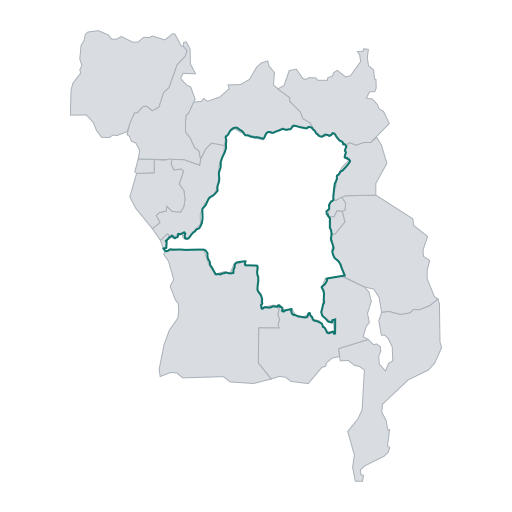 map of Democratic Republic of the Congo with United Republic of Tanzania, Nigeria, Cameroon and 11 others greyed out
{"feature_id": "COD", "entity_name": "Democratic Republic of the Congo", "entity_type": "country or territory", "adm_level": 0, "iso_a3": "COD", "parent_name": "Africa", "parent_adm1": "", "projection": "robinson", "projection_center": [23.721, -4.071], "detail": "fine", "context": "with_neighbors", "style": "outline", "palette": "teal", "viewbox_px": 512, "rotation_deg": 0, "n_neighbors": 14, "source": "natural_earth", "source_scale": "50m", "svg_char_len": 12671}
<svg xmlns="http://www.w3.org/2000/svg" viewBox="0 0 512 512"><path d="M375.8,195.1L412.9,218.9L413.6,225.4L427.6,236.5L423.0,250.1L423.5,256.4L429.7,260.5L427.2,270.0L427.1,278.7L434.4,296.6L437.9,299.0L430.1,305.5L419.3,309.8L413.5,309.6L410.0,312.9L400.6,314.6L389.0,311.5L381.6,312.4L379.1,297.3L373.8,289.1L364.3,287.0L344.6,277.1L339.4,263.1L333.7,256.9L331.8,250.5L332.8,244.7L331.1,234.5L335.1,234.0L344.9,221.8L342.2,211.3L345.0,209.9L345.6,203.4L341.7,197.2L345.1,195.8L375.8,195.1Z" fill="#d9dde1" stroke="#a8b0b8" stroke-width="1"/><path d="M70.4,115.1L71.0,90.2L72.9,83.2L80.8,72.9L79.8,69.9L81.8,65.5L79.8,58.9L81.1,45.3L84.0,40.8L85.4,34.4L88.0,32.0L98.5,30.7L108.2,34.9L111.7,39.1L116.7,39.2L121.3,36.5L133.0,42.3L138.0,42.0L143.8,37.3L149.5,37.6L152.3,36.0L165.0,39.9L172.7,33.7L175.0,34.2L181.4,46.3L183.2,46.1L187.1,50.5L185.4,56.2L177.1,64.8L169.0,87.8L163.7,92.4L159.0,107.1L152.3,110.8L146.8,106.3L143.1,106.5L137.2,113.0L134.4,113.1L127.1,131.6L116.9,135.6L113.2,135.0L109.4,137.5L101.6,137.3L96.4,130.3L93.2,122.3L86.4,115.0L70.4,115.1Z" fill="#d9dde1" stroke="#a8b0b8" stroke-width="1"/><path d="M186.3,41.9L190.1,49.0L190.3,63.7L195.5,73.8L182.9,73.4L180.7,78.6L186.5,85.1L190.7,87.0L195.1,99.2L188.6,113.5L186.2,115.5L185.6,132.1L190.2,137.9L194.6,147.6L199.1,151.1L200.6,159.4L199.8,165.4L184.2,159.8L138.2,159.2L139.7,150.5L135.9,143.1L131.4,141.2L129.5,136.3L127.0,134.7L129.7,123.8L134.4,113.1L137.2,113.0L143.1,106.5L146.8,106.3L152.3,110.8L159.0,107.1L163.7,92.4L169.0,87.8L177.1,64.8L185.4,56.2L187.1,50.5L183.2,46.1L183.6,42.5L186.3,41.9Z" fill="#d9dde1" stroke="#a8b0b8" stroke-width="1"/><path d="M311.8,126.5L308.6,127.7L294.9,126.2L286.7,130.2L282.8,127.9L271.9,133.4L267.5,132.3L263.2,139.9L248.7,136.6L234.4,128.7L229.2,132.3L225.4,137.9L224.5,145.7L211.6,143.2L205.7,149.1L200.6,159.4L199.1,151.1L194.6,147.6L190.2,137.9L185.6,132.1L185.4,124.1L186.2,115.5L188.6,113.5L193.6,102.2L201.6,101.4L203.5,98.5L207.5,101.3L219.8,97.0L229.1,88.8L228.1,84.9L240.3,84.6L249.5,79.4L256.6,67.3L261.5,62.8L267.7,60.9L268.8,65.7L274.4,72.6L273.5,85.2L289.7,97.7L289.8,101.4L300.4,111.9L302.9,118.6L310.2,123.0L311.8,126.5Z" fill="#d9dde1" stroke="#a8b0b8" stroke-width="1"/><path d="M224.5,145.7L223.9,152.4L219.0,165.2L218.3,181.4L216.5,189.3L215.3,192.8L204.4,203.9L200.2,214.7L200.5,223.8L186.6,239.7L183.0,237.7L182.3,234.6L177.0,234.5L173.7,238.7L167.4,233.8L160.5,240.5L152.4,228.7L159.9,222.6L156.2,215.3L159.5,212.5L166.1,211.1L166.9,206.2L172.1,211.5L180.8,212.0L183.8,206.7L185.0,199.4L183.9,190.7L179.2,184.1L183.5,171.3L181.1,169.1L173.8,170.0L171.1,164.3L171.8,159.4L184.2,159.8L199.8,165.4L200.6,159.4L205.7,149.1L211.6,143.2L224.5,145.7Z" fill="#d9dde1" stroke="#a8b0b8" stroke-width="1"/><path d="M154.2,159.5L164.8,160.2L170.6,158.8L171.8,159.4L171.1,164.3L173.8,170.0L181.1,169.1L183.5,171.3L179.2,184.1L183.9,190.7L185.0,199.4L183.8,206.7L180.8,212.0L172.1,211.5L166.9,206.2L166.1,211.1L159.5,212.5L156.2,215.3L159.9,222.6L152.4,228.7L135.8,208.4L129.8,196.9L136.6,173.4L154.2,172.8L154.2,159.5Z" fill="#d9dde1" stroke="#a8b0b8" stroke-width="1"/><path d="M138.2,159.2L154.2,159.5L154.2,172.8L136.6,173.4L134.8,171.7L138.2,159.2Z" fill="#d9dde1" stroke="#a8b0b8" stroke-width="1"/><path d="M340.8,276.0L364.3,287.0L368.9,291.9L371.3,301.4L367.5,313.4L369.3,322.5L366.2,326.4L363.2,336.7L368.3,339.6L338.7,348.7L339.6,356.6L332.2,358.1L326.7,362.6L325.5,366.4L322.0,367.3L308.2,383.6L291.0,381.4L285.4,377.1L279.1,376.5L271.2,379.0L258.3,363.0L258.7,327.7L278.9,327.8L278.1,324.0L279.6,319.8L277.8,314.6L279.0,309.2L277.9,305.8L281.3,306.1L281.8,309.5L292.6,310.3L295.8,315.3L303.6,316.9L309.6,313.4L311.8,319.2L319.2,320.7L326.7,331.6L334.2,331.7L333.4,319.7L330.8,321.7L321.3,315.4L324.4,291.1L322.2,286.3L325.0,279.2L327.6,277.8L340.8,276.0Z" fill="#d9dde1" stroke="#a8b0b8" stroke-width="1"/><path d="M381.6,312.4L389.0,311.5L400.6,314.6L410.0,312.9L413.5,309.6L419.3,309.8L430.1,305.5L437.9,299.0L439.4,304.0L440.0,342.1L441.6,347.6L434.6,363.2L428.3,370.1L408.4,379.7L382.6,404.1L381.7,412.0L386.1,420.4L387.9,430.2L389.6,429.7L387.5,445.7L389.7,447.6L388.2,452.2L384.1,456.2L364.6,465.9L360.3,470.0L361.0,474.7L363.5,475.4L362.5,481.3L355.3,481.2L352.6,467.3L354.4,455.0L347.7,431.5L357.9,418.9L362.1,409.8L364.4,370.0L359.4,366.4L354.8,365.6L348.3,360.5L340.2,360.8L338.7,348.7L368.3,339.6L373.8,344.9L376.5,343.9L380.3,346.7L380.8,351.1L378.7,356.3L379.3,364.1L385.5,371.0L388.6,363.3L392.8,360.9L392.2,346.7L388.2,338.7L384.8,335.1L381.4,335.2L378.8,320.8L381.6,312.4Z" fill="#d9dde1" stroke="#a8b0b8" stroke-width="1"/><path d="M171.1,237.6L167.5,239.9L165.7,247.6L163.2,248.8L160.5,240.5L167.4,233.8L171.1,237.6ZM164.6,252.2L174.9,249.6L203.7,249.8L209.0,264.7L215.0,274.1L224.7,271.6L230.1,273.2L234.0,264.0L240.1,263.5L240.6,261.6L245.6,261.6L244.7,265.6L256.6,265.5L256.8,272.4L258.8,276.7L257.3,283.4L258.0,290.2L261.3,294.4L260.8,307.6L273.5,305.1L277.9,305.8L279.0,309.2L277.8,314.6L279.6,319.8L278.1,324.0L278.9,327.8L258.7,327.7L258.3,363.0L271.2,379.0L253.4,383.5L230.0,381.9L223.3,376.6L182.7,377.9L176.8,372.9L170.6,372.5L160.2,376.5L159.1,369.6L164.0,344.9L169.3,330.3L177.9,318.1L178.8,309.9L178.2,303.6L175.3,299.7L170.2,286.3L173.7,279.6L168.6,261.4L163.7,254.4L164.6,252.2Z" fill="#d9dde1" stroke="#a8b0b8" stroke-width="1"/><path d="M342.2,211.3L344.9,221.8L335.1,234.0L331.1,234.5L330.5,221.1L328.0,216.1L333.9,216.9L337.0,210.6L342.2,211.3Z" fill="#d9dde1" stroke="#a8b0b8" stroke-width="1"/><path d="M375.8,195.1L345.1,195.8L335.8,200.6L333.5,199.4L333.6,191.1L335.8,186.8L336.4,177.9L342.2,167.0L349.1,160.1L345.1,158.6L345.7,145.6L349.7,142.6L356.0,145.1L363.8,142.5L370.7,142.5L376.7,137.4L381.4,145.1L386.9,163.4L375.8,183.3L375.8,195.1Z" fill="#d9dde1" stroke="#a8b0b8" stroke-width="1"/><path d="M341.7,197.2L345.6,203.4L345.0,209.9L342.2,211.3L337.0,210.6L333.9,216.9L328.0,216.1L330.6,202.5L333.5,199.4L335.8,200.6L341.7,197.2Z" fill="#d9dde1" stroke="#a8b0b8" stroke-width="1"/><path d="M345.7,145.6L337.1,138.3L334.7,133.5L322.1,137.0L317.8,135.7L310.2,123.0L302.9,118.6L300.4,111.9L289.8,101.4L289.7,97.7L277.7,88.9L284.0,85.6L289.2,70.6L296.2,69.1L303.0,78.6L305.6,79.5L309.2,77.6L316.2,78.0L317.5,80.3L327.3,80.3L327.6,78.0L332.6,75.9L333.6,72.7L337.3,70.4L345.5,76.9L350.5,75.7L360.6,61.6L359.7,55.0L357.4,51.7L363.2,51.1L363.9,48.7L368.4,49.4L367.3,57.6L368.5,65.6L373.6,70.0L374.7,79.3L376.0,79.6L376.2,88.2L374.7,91.6L369.6,91.9L366.3,98.2L372.3,99.0L377.3,104.4L379.0,108.8L383.5,111.4L389.3,123.5L370.7,142.5L363.8,142.5L356.0,145.1L349.7,142.6L345.7,145.6Z" fill="#d9dde1" stroke="#a8b0b8" stroke-width="1"/><path d="M344.7,275.5L327.3,278.5L326.6,278.7L327.0,279.9L326.8,281.1L326.3,282.0L325.6,283.2L324.5,284.6L323.8,285.2L321.7,286.9L321.7,287.5L323.1,290.1L323.7,292.0L324.0,293.6L323.8,299.0L323.7,299.9L324.1,301.6L324.0,302.9L323.1,304.4L322.8,305.9L321.7,310.5L321.2,312.0L321.9,314.4L322.4,315.6L323.3,316.7L325.2,318.3L326.0,319.0L328.1,321.6L330.8,322.2L331.6,322.5L332.2,322.4L332.3,322.0L332.3,321.2L332.2,320.7L332.4,320.2L332.9,320.0L334.2,319.9L334.7,319.5L335.2,319.4L335.1,332.9L335.1,333.2L334.9,333.7L334.4,333.8L333.7,333.4L333.5,332.1L333.2,331.7L332.8,331.6L332.1,331.8L331.1,332.4L329.8,332.9L329.3,333.2L328.5,333.2L327.5,332.9L326.8,332.2L326.6,331.2L325.2,328.6L324.2,327.3L323.7,327.2L323.0,327.0L322.7,325.9L322.3,324.6L321.7,323.5L321.2,323.1L316.3,320.9L315.3,320.8L314.2,320.7L313.6,320.2L313.2,319.9L312.1,317.1L310.3,315.3L309.9,313.3L309.5,313.0L308.9,313.2L308.4,313.4L307.5,316.6L307.3,316.8L306.9,317.1L306.3,317.3L305.3,317.4L304.1,317.4L301.6,316.9L298.5,316.5L297.5,316.1L296.8,315.7L294.5,314.9L293.5,315.0L293.0,314.4L292.5,314.1L291.9,313.5L291.6,312.8L291.3,311.1L291.4,310.2L291.6,309.2L291.3,309.0L290.9,309.0L290.3,309.3L287.3,309.9L285.3,310.5L283.8,311.5L283.3,311.6L282.5,311.2L282.0,310.7L282.5,310.2L282.6,309.4L282.3,308.1L281.9,307.4L280.6,306.9L280.1,306.9L279.9,306.1L279.5,305.4L278.5,305.2L278.1,305.4L277.9,306.0L277.8,306.4L277.2,306.8L275.8,306.7L274.5,306.4L273.6,306.3L272.9,306.4L270.6,307.4L269.8,307.6L267.2,307.5L265.8,307.3L264.8,307.2L264.0,307.6L263.1,308.4L262.4,308.8L262.0,308.8L261.5,308.0L261.4,306.8L261.0,305.4L261.3,304.7L262.0,304.2L262.3,303.2L262.0,301.6L262.0,300.5L262.2,299.9L262.0,298.4L261.2,296.0L260.1,294.0L258.8,292.5L257.9,291.0L257.4,289.6L257.6,286.3L258.3,281.0L258.2,277.1L257.3,274.6L257.1,271.8L257.6,268.9L257.7,266.9L257.3,265.9L257.1,265.7L256.8,265.6L251.3,265.4L245.6,265.3L245.2,264.9L244.9,264.3L244.9,263.6L245.5,261.5L245.5,261.3L244.4,261.3L238.5,262.1L236.4,262.6L235.1,263.8L234.6,265.3L234.7,266.6L234.6,267.5L234.0,268.4L233.6,269.5L233.3,273.0L231.3,273.3L229.4,273.3L228.9,273.3L226.6,272.6L225.7,272.6L224.9,273.0L222.0,273.6L220.6,274.4L220.3,274.5L219.3,274.1L218.0,274.1L216.1,274.4L215.6,274.2L212.8,269.2L211.9,267.4L211.0,266.3L210.2,265.1L209.9,264.0L210.0,262.9L209.6,261.5L208.5,259.7L207.8,258.0L207.5,256.4L207.4,255.0L207.6,253.8L207.4,253.0L206.8,252.4L206.5,251.7L205.8,250.8L204.8,250.0L203.6,249.6L197.9,249.6L188.3,249.8L187.4,249.9L184.9,249.9L182.1,249.6L178.7,249.5L177.5,249.6L174.8,249.6L174.6,249.6L174.1,249.8L173.0,249.5L171.9,249.6L171.2,249.3L169.8,249.5L169.1,249.8L168.1,250.7L166.4,251.2L165.8,251.1L165.4,251.0L164.5,250.0L163.8,249.0L163.5,248.5L163.9,248.3L166.1,248.0L166.3,247.8L166.5,244.8L166.5,241.7L166.1,241.3L165.8,241.0L165.8,240.8L167.2,239.8L167.9,239.0L169.5,237.1L171.7,236.2L171.8,236.0L172.0,235.6L172.5,235.7L173.3,236.8L174.8,238.2L175.2,238.2L176.5,237.3L177.6,237.0L177.8,236.6L178.0,235.8L178.1,234.0L178.7,233.8L179.4,234.0L179.8,234.3L180.3,234.3L181.4,233.6L182.2,233.4L183.1,232.9L184.0,232.3L184.4,232.3L185.2,233.6L185.3,233.9L184.5,235.4L184.9,236.5L184.9,238.2L185.4,238.5L185.7,238.4L186.4,238.4L187.1,238.8L187.8,238.7L188.5,238.3L189.8,236.8L191.7,234.1L193.3,232.4L194.5,231.7L195.4,230.9L195.8,229.9L196.6,229.3L198.1,228.8L199.2,228.2L200.4,226.4L201.9,223.0L202.6,218.2L202.3,209.9L202.5,208.7L203.1,208.0L204.7,206.3L205.7,205.0L206.5,203.4L208.1,199.8L209.0,198.2L210.0,197.2L211.3,196.4L212.9,195.7L215.5,193.2L217.6,190.7L217.3,187.6L217.8,185.1L218.9,182.0L219.3,178.6L218.9,175.1L219.0,172.2L220.6,167.5L220.7,165.5L220.7,162.2L222.1,157.8L224.8,152.1L226.1,147.9L225.9,143.8L226.3,140.7L226.1,138.9L225.6,137.3L225.9,136.3L226.9,135.9L228.2,134.4L230.5,130.3L233.0,128.3L234.8,127.7L236.6,127.7L237.7,128.1L238.3,128.7L239.7,129.7L241.9,131.0L243.5,132.6L244.4,134.2L245.1,135.1L246.0,135.4L247.4,135.2L249.0,135.6L250.7,136.5L251.7,136.8L252.0,136.6L252.9,136.7L254.7,137.5L256.1,137.1L258.3,137.4L263.3,138.7L263.7,138.4L264.2,137.9L265.3,135.2L266.2,133.6L266.6,133.0L267.7,132.2L268.9,131.9L270.1,132.0L272.1,132.8L273.1,132.8L274.1,132.4L275.7,131.6L277.3,131.1L278.7,130.6L281.9,129.2L283.1,129.0L286.3,129.9L288.4,129.3L289.2,129.5L291.0,128.8L291.3,128.4L292.5,126.3L293.7,125.6L295.6,125.9L300.1,127.2L304.6,128.1L306.4,128.4L306.9,128.3L308.4,127.0L308.9,126.9L309.3,126.9L312.1,127.9L312.5,128.7L313.0,129.4L314.7,130.8L315.2,131.5L315.9,133.0L316.4,133.6L317.1,133.9L317.8,134.3L318.1,134.9L318.7,135.5L319.8,136.3L321.0,136.4L321.5,136.7L322.1,136.6L323.1,136.0L324.2,135.1L325.1,134.6L327.1,134.8L328.3,135.2L329.2,135.9L329.9,135.8L331.5,134.7L332.3,133.4L333.1,133.1L334.4,133.7L335.4,134.8L336.3,136.6L337.7,138.2L339.4,140.4L341.7,141.5L342.5,142.0L342.8,142.5L343.0,143.3L343.0,144.0L343.3,144.4L344.4,144.1L345.0,144.4L345.3,144.9L345.8,145.8L346.3,146.1L346.4,146.7L345.7,148.1L345.2,149.5L344.9,150.8L345.6,151.6L345.8,152.0L345.9,152.5L345.8,153.0L345.1,154.9L344.7,156.5L344.7,157.3L345.7,157.9L347.0,157.9L347.4,158.3L347.8,158.9L348.2,159.2L348.7,159.2L349.1,159.4L349.2,159.8L350.0,160.8L349.9,161.4L349.8,161.9L348.9,163.2L346.8,165.9L342.3,170.8L340.7,171.4L339.9,172.3L339.4,173.8L338.1,175.0L337.0,175.5L336.9,175.8L336.8,177.1L337.0,179.0L336.5,179.9L335.4,182.7L335.1,182.9L334.8,183.5L334.6,185.2L334.5,185.8L334.0,189.5L334.1,190.5L333.7,192.2L333.7,193.3L333.6,194.4L333.3,195.4L333.4,200.0L333.0,200.2L332.4,200.9L331.7,201.3L331.2,201.4L329.7,203.6L329.2,204.7L329.0,205.2L329.2,208.2L329.1,208.9L328.8,209.3L326.6,211.2L326.4,211.7L326.7,212.9L326.7,213.8L327.0,214.3L327.9,214.7L327.9,215.6L329.3,217.4L330.0,218.4L330.0,219.4L329.8,221.9L329.9,223.1L329.8,227.1L329.9,228.0L331.0,230.0L331.4,232.3L331.7,233.9L331.7,234.5L330.9,238.2L330.9,238.9L331.1,239.9L332.4,243.6L333.0,245.6L333.5,247.3L333.6,248.1L333.5,248.7L332.5,250.8L332.4,251.4L332.6,253.0L333.0,254.6L334.6,258.0L335.5,258.8L337.1,260.0L338.5,261.3L339.5,262.7L340.5,264.5L341.1,266.0L341.4,267.3L344.4,274.5L344.7,275.5Z" fill="none" stroke="#0f766e" stroke-width="2"/></svg>